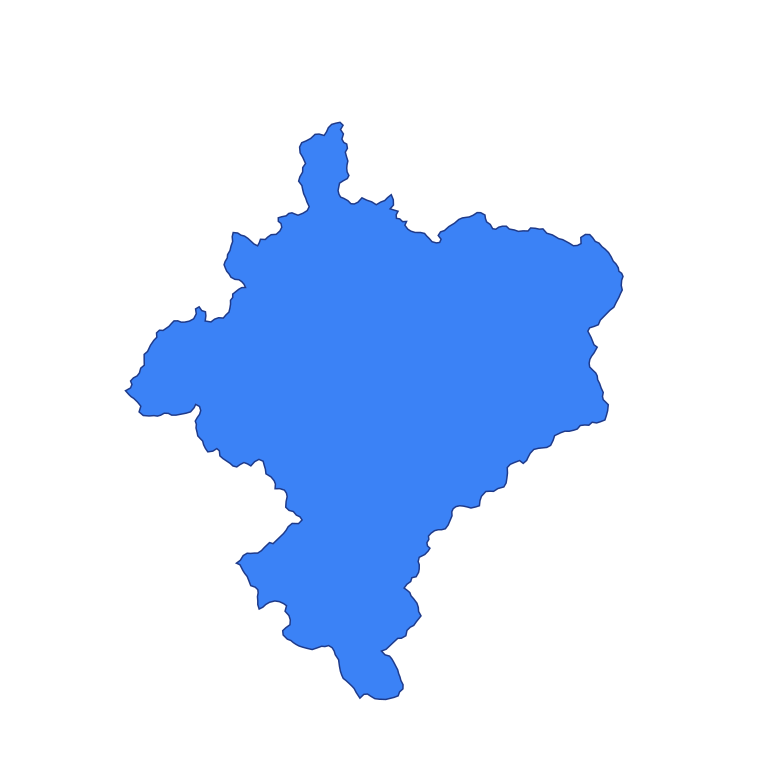 outline of Mariana, Minas Gerais, Brazil, rotated 224°
{"feature_id": "56859067B28014056344581", "entity_name": "Mariana", "entity_type": "district", "adm_level": 2, "iso_a3": "BRA", "parent_name": "Brazil", "parent_adm1": "Minas Gerais", "projection": "mercator", "projection_center": [-43.32, -20.336], "detail": "fine", "context": "isolated", "style": "filled", "palette": "blue", "viewbox_px": 768, "rotation_deg": 224, "n_neighbors": 0, "source": "geoboundaries", "source_scale": "gbopen_adm2", "svg_char_len": 6171}
<svg xmlns="http://www.w3.org/2000/svg" viewBox="0 0 768 768"><g transform="rotate(224 384 384)"><path d="M597.7,388.2L595.5,384.5L591.8,381.3L590.0,377.2L587.5,373.0L586.4,368.4L584.3,365.8L583.4,361.8L581.9,358.7L578.7,357.2L575.5,355.9L571.7,355.5L568.3,354.5L564.0,355.7L560.7,358.3L557.3,358.8L553.9,358.5L550.7,357.2L553.3,354.5L554.3,351.2L555.3,343.6L552.9,341.1L552.6,337.6L549.9,334.9L547.5,331.5L545.5,328.0L545.7,324.1L545.4,319.8L549.0,316.8L550.9,313.0L551.6,308.4L556.4,305.1L559.5,309.3L562.6,311.9L566.1,310.2L570.6,311.1L571.7,307.1L567.8,304.1L566.2,298.7L567.7,294.0L570.4,290.0L572.8,287.6L576.2,286.2L578.9,283.5L578.9,279.7L578.7,276.1L580.1,269.1L582.9,266.7L583.1,262.7L579.9,259.8L579.9,255.5L578.9,249.7L576.7,243.2L577.1,238.7L573.6,235.1L569.5,231.0L570.0,226.4L567.6,222.0L567.2,218.3L568.5,214.3L568.4,210.1L565.0,208.6L563.6,205.1L565.3,199.6L560.2,199.2L557.1,199.2L554.0,199.8L548.8,199.8L543.5,199.1L540.8,193.8L535.3,194.1L530.8,197.8L527.5,201.5L524.7,203.5L523.0,206.4L521.8,210.3L518.7,213.1L515.1,214.1L512.1,217.0L506.1,225.5L503.8,229.6L504.1,235.0L505.3,238.5L501.1,239.7L497.4,237.6L495.6,234.1L495.0,230.2L494.0,226.2L491.0,224.7L488.7,221.8L484.6,219.2L481.9,217.3L478.3,217.1L474.8,217.0L471.6,215.0L467.7,213.6L463.6,212.8L460.5,216.8L459.4,221.4L456.1,221.6L452.1,218.3L448.0,218.5L439.7,220.0L435.7,220.1L432.3,222.1L431.6,226.0L430.2,230.2L426.8,231.7L422.9,232.6L423.1,238.3L421.6,242.9L417.3,244.5L414.0,242.5L410.1,240.3L406.5,237.4L400.7,238.7L395.8,238.1L392.6,236.6L389.6,233.0L386.2,236.4L381.9,238.5L378.3,237.7L375.4,235.7L372.8,231.5L369.1,227.1L364.5,227.1L360.6,229.3L356.0,228.8L352.2,230.1L348.5,229.3L348.5,224.2L353.2,219.9L353.8,214.8L352.8,210.8L352.4,206.6L352.6,201.1L352.9,192.1L356.2,190.4L356.5,183.3L356.4,179.0L357.4,174.6L359.8,172.3L362.4,169.3L364.9,167.2L366.1,162.8L364.9,157.4L365.7,152.6L362.0,153.9L355.9,151.8L352.6,151.0L348.7,150.5L344.5,148.6L339.8,146.4L335.5,148.4L331.9,148.4L329.4,146.3L327.3,143.1L324.1,140.3L321.5,137.6L317.5,135.4L316.1,139.3L315.9,143.3L314.7,147.5L311.8,152.1L308.0,154.8L303.7,156.3L300.1,156.8L297.3,151.8L291.5,151.4L287.5,149.2L284.4,145.5L285.3,140.5L285.5,136.2L282.2,133.4L276.3,133.3L272.8,134.8L269.5,135.0L266.4,135.6L263.2,136.5L259.7,138.2L255.7,140.4L251.2,143.1L248.8,147.7L246.7,152.0L244.1,154.1L242.1,157.4L238.1,158.3L234.3,157.3L231.0,155.4L225.1,154.1L219.8,149.9L215.8,147.1L212.3,145.3L208.8,143.9L205.4,144.3L200.9,144.4L197.0,144.4L193.9,144.2L189.8,142.8L183.1,141.3L182.9,146.8L180.5,149.5L176.2,150.3L172.0,151.3L168.3,154.1L163.6,158.3L159.1,165.5L157.2,169.5L158.9,173.3L158.6,177.8L161.4,180.9L166.0,182.5L169.1,184.4L172.2,185.8L175.6,187.9L184.3,190.8L187.5,191.7L191.0,192.1L195.1,189.9L200.3,190.1L198.2,194.7L197.8,203.8L197.4,210.6L194.9,213.2L193.4,218.1L196.3,222.7L196.2,227.3L194.9,231.0L195.6,235.5L196.3,242.9L201.1,244.4L204.1,247.1L208.0,249.2L213.5,250.1L217.4,250.4L220.6,251.9L223.9,251.7L227.8,251.2L228.4,255.9L227.6,260.5L229.4,264.0L227.0,267.7L228.3,272.6L230.2,275.4L233.1,278.5L236.1,280.0L238.3,283.8L236.2,289.7L236.2,294.4L236.9,297.8L240.2,297.7L242.9,299.6L243.8,303.4L246.4,305.5L246.5,309.5L245.7,313.7L243.8,316.8L241.4,319.1L239.3,322.5L239.9,327.1L243.5,336.4L246.5,339.2L247.6,342.4L247.1,345.7L245.0,349.0L242.1,351.3L238.7,353.4L235.3,355.2L232.7,359.2L230.8,362.7L233.9,366.7L235.9,370.9L236.1,377.4L233.3,380.5L230.6,382.9L229.4,388.0L226.3,393.2L227.4,397.6L229.9,401.2L233.3,405.7L237.3,409.5L237.4,413.9L235.7,418.0L233.3,423.1L228.7,423.6L228.3,428.1L229.4,431.2L230.7,435.7L230.8,441.0L228.2,445.1L222.8,451.5L221.5,455.6L223.2,460.9L225.4,465.4L223.0,471.8L221.1,475.7L218.0,478.6L215.4,482.6L213.7,485.9L214.0,490.5L211.1,494.0L208.0,496.7L207.7,501.1L204.0,503.7L202.0,507.4L200.1,511.6L202.1,515.7L204.6,520.2L208.3,524.9L212.0,525.0L215.4,525.0L218.2,526.8L220.4,530.2L225.1,532.0L229.2,534.1L233.3,535.5L236.2,537.9L239.3,539.0L243.7,539.0L247.9,539.1L250.8,541.4L253.0,544.7L254.0,548.2L254.5,552.2L256.2,558.6L260.2,558.1L267.3,561.3L274.1,563.6L275.1,567.3L272.8,571.5L271.0,575.5L272.8,580.2L272.7,594.1L272.0,598.9L273.6,603.7L275.2,609.4L276.7,613.3L277.9,617.1L281.8,619.7L285.1,623.7L286.8,627.4L289.9,628.7L293.4,628.3L296.3,630.4L300.5,631.5L304.4,631.6L309.0,633.3L313.7,634.5L318.7,634.6L322.5,634.2L327.2,634.7L331.1,633.3L335.7,634.2L339.8,634.4L343.0,631.5L344.2,626.1L339.8,621.9L341.1,618.0L343.8,615.0L348.6,614.0L355.7,612.0L359.3,609.9L362.4,609.2L366.5,608.2L371.7,605.5L377.4,606.0L379.8,603.3L383.2,601.2L386.9,598.1L386.7,594.1L390.3,590.8L393.4,587.1L397.3,585.3L401.5,582.5L405.6,582.5L408.4,579.8L410.4,576.5L411.1,573.0L413.7,571.2L418.4,572.6L422.8,571.9L426.0,573.5L428.8,575.7L433.5,574.4L436.1,571.9L437.1,567.3L438.7,563.4L441.0,560.5L443.0,557.9L444.5,554.3L445.0,548.6L446.7,542.3L447.1,536.4L449.0,532.7L448.2,528.5L443.5,527.8L442.3,524.5L444.3,521.9L448.3,519.7L452.6,520.1L456.1,520.1L459.4,520.5L462.9,518.4L466.9,514.6L470.9,512.6L474.5,511.9L479.3,512.7L480.7,516.6L483.4,513.7L487.4,513.7L490.1,511.8L492.8,514.2L493.9,518.0L501.3,514.2L501.5,519.3L505.3,523.0L510.3,525.2L510.9,520.5L510.9,516.5L512.7,512.7L514.1,507.6L519.4,506.5L524.0,504.3L529.2,502.6L529.0,496.7L530.4,492.9L533.0,490.7L537.3,490.8L541.9,489.6L545.0,488.3L548.2,489.2L551.4,491.2L555.5,497.6L554.5,501.9L553.1,506.3L554.1,509.6L557.8,510.9L560.7,513.3L562.8,515.9L564.9,519.3L568.9,521.5L572.9,523.9L574.0,528.1L577.5,530.7L580.7,529.8L584.4,530.9L586.9,535.7L592.0,536.8L593.2,541.7L597.4,541.7L599.8,538.2L602.0,534.4L602.1,529.8L600.5,525.4L599.7,521.2L604.3,518.7L607.0,515.7L607.3,509.7L608.9,504.8L610.8,500.4L609.3,495.8L604.9,492.0L600.1,490.7L593.6,488.1L592.8,483.2L589.8,480.0L588.4,474.5L586.3,470.6L580.9,469.7L577.9,467.6L574.0,465.1L569.4,463.3L566.0,461.5L561.0,459.6L559.7,455.4L560.9,450.6L563.1,445.7L566.1,444.4L569.1,443.2L571.0,440.5L571.2,437.0L573.8,433.2L575.5,430.1L573.0,427.6L569.6,427.9L566.4,425.7L565.2,421.8L565.5,416.8L568.9,413.0L569.7,408.8L569.8,405.5L573.4,402.3L571.9,399.1L570.9,395.6L574.8,394.4L583.1,394.2L587.1,393.5L590.3,391.7L594.1,391.0L597.7,388.2Z" fill="#3b82f6" stroke="#1e3a8a" stroke-width="1.5"/></g></svg>